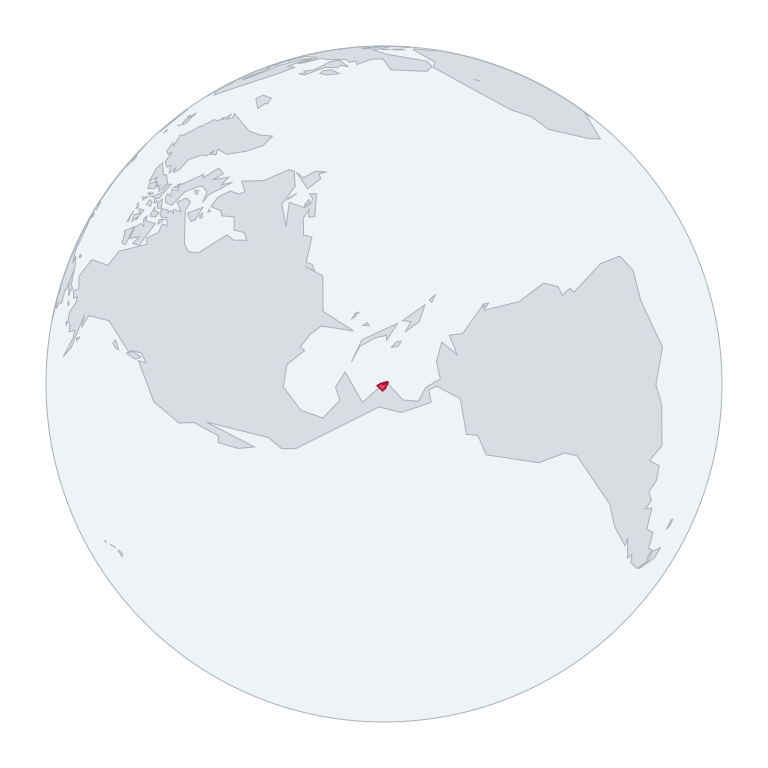 Gracias a Dios highlighted on a globe, orthographic projection, rotated 312°
{"feature_id": "HND-640", "entity_name": "Gracias a Dios", "entity_type": "Department", "adm_level": 1, "iso_a3": "HND", "parent_name": "Honduras", "parent_adm1": "", "projection": "orthographic", "projection_center": [-83.951, 15.304], "detail": "fine", "context": "on_globe", "style": "filled", "palette": "rose", "viewbox_px": 768, "rotation_deg": 312, "n_neighbors": 0, "source": "natural_earth", "source_scale": "10m", "svg_char_len": 10949}
<svg xmlns="http://www.w3.org/2000/svg" viewBox="0 0 768 768"><g transform="rotate(312 384 384)"><circle cx="384" cy="384" r="338" fill="#eef3f6" stroke="#a8b0b8"/><path d="M417.6,424.6L409.6,421.2L401.9,431.4L374.1,415.6L363.7,395.7L276.6,361.5L267.4,350.8L266.9,334.0L236.8,277.3L250.4,329.7L238.8,319.0L229.5,300.0L234.7,295.8L228.3,268.7L217.9,257.8L216.8,224.9L237.0,186.1L240.4,192.7L244.8,183.6L240.8,175.3L237.1,172.2L247.0,137.4L237.3,118.8L223.6,121.5L234.9,115.1L201.9,127.1L189.8,127.2L210.0,122.3L217.1,118.2L212.1,115.2L218.3,110.6L219.5,106.9L227.4,102.0L238.6,100.6L243.8,97.8L240.0,96.0L245.5,90.7L250.3,93.6L260.4,85.2L280.9,83.7L287.4,99.4L305.3,98.2L329.2,114.2L333.5,110.0L345.3,114.9L354.7,112.2L356.5,117.0L362.5,110.9L359.1,107.2L360.5,103.5L365.7,101.9L368.9,107.3L366.8,108.9L370.4,109.7L369.7,113.3L373.0,110.6L376.2,118.0L380.8,108.6L389.9,112.8L389.9,118.4L379.7,120.4L354.6,141.9L351.5,150.0L357.3,158.3L389.7,167.5L390.4,176.1L398.9,185.7L403.2,179.2L398.0,169.5L408.0,160.9L400.6,151.2L403.5,146.6L400.0,136.6L411.4,135.7L424.6,140.6L428.1,149.2L434.0,152.0L439.5,142.4L454.6,158.5L479.5,169.8L482.2,174.8L471.6,185.6L449.2,187.9L435.4,205.8L455.5,192.2L461.9,206.8L467.7,208.8L473.8,207.4L475.6,201.4L480.2,206.5L462.1,220.7L457.7,216.3L463.5,211.5L453.0,213.2L440.8,224.7L445.0,232.1L422.2,244.8L424.9,250.6L421.5,257.2L418.7,246.8L423.3,266.3L397.2,290.0L403.0,325.7L385.2,298.6L371.5,295.9L355.3,297.0L355.9,302.7L333.6,298.8L314.4,311.1L308.9,339.6L317.8,361.4L342.5,362.2L349.2,350.0L367.0,347.1L355.8,380.2L387.1,384.2L384.8,408.8L394.2,421.1L409.4,417.3L425.4,422.5L436.1,407.8L453.7,398.9L454.8,418.7L464.0,399.9L474.2,408.7L508.8,404.6L506.3,409.4L535.6,429.3L565.7,435.0L572.8,448.1L569.3,457.3L579.4,458.1L579.5,463.8L618.3,464.4L636.8,473.6L635.2,493.0L617.9,518.8L597.8,566.3L565.5,586.4L554.3,604.4L524.0,631.8L504.8,632.6L507.4,643.2L494.3,651.1L481.0,653.0L476.2,660.7L466.2,661.8L471.1,666.0L451.8,676.5L453.6,683.3L438.7,690.9L440.2,694.5L435.7,694.7L430.2,696.4L428.7,698.4L416.4,695.7L416.4,687.0L423.4,682.1L417.5,681.6L432.6,668.3L425.1,671.3L432.4,650.8L445.8,632.2L459.8,575.7L453.7,564.4L429.2,551.9L399.8,507.4L408.6,488.0L401.8,479.1L424.1,450.5L417.6,424.6ZM80.4,304.8L82.7,297.1L83.1,302.7L80.4,304.8ZM82.9,291.9L82.3,294.6L82.6,292.3L82.9,291.9ZM82.3,289.9L82.7,291.4L81.9,290.5L82.3,289.9ZM81.1,288.2L81.9,288.8L81.7,289.0L81.1,288.2ZM402.1,338.0L437.8,353.4L418.3,356.7L421.9,353.3L412.6,346.6L395.7,340.8L378.4,345.2L402.1,338.0ZM80.4,283.2L80.3,281.8L81.2,281.6L80.4,283.2ZM416.3,317.5L410.1,316.4L416.0,316.0L416.3,317.5ZM234.5,171.8L240.1,175.7L241.4,185.4L236.0,182.5L234.5,171.8ZM232.9,155.1L237.3,155.0L231.9,163.7L231.1,161.0L232.9,155.1ZM212.4,125.1L215.9,126.6L210.4,126.8L212.4,125.1ZM218.3,107.3L215.3,108.5L217.2,106.1L218.3,107.3ZM393.9,137.9L396.9,137.3L396.0,139.5L393.9,137.9ZM389.6,134.4L386.4,137.4L383.9,136.3L385.9,134.4L389.6,134.4ZM230.9,96.8L234.8,93.1L232.8,96.5L230.9,96.8ZM394.0,131.1L379.8,133.9L375.4,131.9L379.3,123.5L394.0,131.1ZM238.4,90.8L247.6,83.0L241.9,84.7L263.4,76.4L248.4,85.2L246.8,88.9L243.6,88.5L238.4,90.8ZM355.7,106.8L359.6,110.6L351.5,109.1L355.7,106.8ZM350.2,106.8L323.4,109.1L320.3,103.3L329.9,103.4L322.0,97.8L333.7,93.7L340.6,95.9L340.3,100.2L345.0,95.5L350.2,106.8ZM273.8,73.6L277.7,71.9L275.7,73.5L273.8,73.6ZM360.5,102.0L355.4,102.7L352.3,97.6L362.1,95.3L359.9,97.6L360.5,102.0ZM314.2,98.6L313.7,94.9L323.0,90.4L324.0,88.5L333.7,93.1L314.2,98.6ZM363.2,98.0L367.1,94.4L373.3,95.6L365.3,101.1L363.2,98.0ZM347.4,97.3L346.4,94.9L350.2,95.4L347.4,97.3ZM397.4,98.7L391.3,98.9L389.2,96.2L397.4,98.7ZM368.1,93.1L365.9,92.8L364.4,91.9L368.2,89.9L368.1,93.1ZM339.6,90.0L343.6,89.1L336.1,87.8L342.8,84.9L348.0,88.7L348.6,85.9L350.6,85.1L352.6,89.2L339.6,90.0ZM367.4,85.5L376.3,90.4L388.1,90.1L390.3,92.4L371.0,92.5L367.4,85.5ZM358.5,87.3L364.5,86.6L364.2,89.4L359.9,91.7L358.5,87.3ZM345.4,81.8L333.8,85.1L333.1,84.2L345.4,81.8ZM370.9,84.8L368.6,83.7L371.7,84.4L370.9,84.8ZM353.3,81.9L349.3,83.1L348.6,82.0L353.3,81.9ZM367.5,80.8L370.3,82.2L367.6,83.6L367.5,80.8ZM361.0,80.8L361.0,79.1L364.8,83.3L359.4,81.5L361.0,80.8ZM353.2,80.7L351.5,80.4L355.0,80.4L353.2,80.7ZM376.4,75.3L382.0,80.2L375.8,83.0L371.2,77.7L376.4,75.3ZM436.0,701.4L416.9,696.9L428.1,699.0L438.2,695.3L447.3,698.8L436.0,701.4ZM464.7,691.1L475.0,688.3L476.8,689.0L470.1,691.3L464.7,691.1ZM635.0,157.8L634.9,157.7L629.3,151.6L618.0,142.9L625.1,149.9L636.2,159.1L636.6,159.8L646.2,171.1L639.2,163.2L625.3,152.9L630.5,164.7L652.3,199.5L652.1,207.0L645.2,206.8L622.1,179.0L624.9,165.8L616.8,157.3L603.3,150.1L605.3,147.2L600.1,143.1L599.9,138.5L586.9,124.6L584.7,120.0L567.3,108.2L563.9,104.6L575.2,112.3L581.9,115.8L575.1,106.7L570.1,103.0L559.4,96.5L558.8,95.5L549.3,90.5L539.3,84.2L543.4,88.2L530.9,82.4L518.2,75.9L514.8,75.1L535.5,85.9L543.0,89.8L548.4,91.7L569.7,105.0L574.7,109.7L555.2,99.8L560.1,106.1L542.8,97.1L497.5,71.1L485.0,64.6L490.1,63.3L500.1,66.8L503.3,68.7L511.7,71.2L505.6,68.9L505.2,68.6L493.1,64.2L492.2,63.9L482.1,60.8L479.6,59.9L484.5,61.4L508.8,70.0L532.5,80.4L555.2,92.7L577.0,106.6L597.6,122.2L617.0,139.2L635.0,157.8ZM404.7,46.7L373.6,46.7L358.4,47.2L362.5,46.8L404.7,46.7ZM360.2,46.9L334.9,49.7L325.0,51.3L360.2,46.9ZM320.9,52.0L321.8,51.9L309.7,54.5L314.2,53.6L314.3,53.8L285.4,62.8L276.5,65.5L266.3,71.2L267.2,71.3L273.2,69.4L263.4,76.4L241.9,84.7L240.7,83.8L228.1,90.5L227.3,88.1L220.8,89.9L227.3,85.0L221.6,87.7L217.2,90.2L209.4,94.7L229.5,83.5L239.1,79.6L234.6,81.0L241.3,77.8L243.1,76.8L242.5,77.1L267.9,66.6L294.1,58.3L320.9,52.0ZM720.8,356.3L721.0,360.0L719.7,351.1L719.3,353.7L710.9,380.8L703.5,372.1L683.3,335.8L681.4,314.7L672.6,294.9L652.2,208.5L657.4,206.7L652.1,182.0L653.2,182.0L664.1,197.2L667.4,199.9L679.6,220.3L690.5,241.6L699.7,263.6L707.4,286.1L713.5,309.2L718.0,332.6L720.8,356.3ZM670.3,246.6L673.5,252.7L673.5,252.8L670.3,246.6ZM509.8,404.2L514.1,407.6L508.6,408.3L509.8,404.2ZM416.0,365.0L423.4,365.1L427.4,368.0L421.8,369.3L416.0,365.0ZM476.9,361.4L485.1,362.4L476.7,364.8L476.9,361.4ZM443.3,355.4L470.3,361.4L454.0,368.4L436.9,364.9L448.5,362.4L443.3,355.4ZM413.7,329.2L418.4,330.4L417.3,334.1L413.7,329.2ZM420.6,317.3L418.8,317.7L416.3,314.8L420.6,317.3ZM463.0,205.9L464.6,204.9L471.0,204.8L468.5,207.5L463.0,205.9ZM496.5,190.9L503.1,199.5L496.6,194.8L494.4,199.6L478.1,196.6L482.7,177.3L483.5,186.2L496.5,190.9ZM457.6,188.5L467.4,191.7L456.5,189.0L457.6,188.5ZM571.8,128.6L575.9,129.0L582.2,134.4L584.8,143.0L575.7,135.0L571.8,128.6ZM580.3,128.6L560.1,117.9L557.7,113.0L562.5,117.4L562.9,115.2L570.7,121.8L588.0,128.7L594.7,134.1L595.9,145.4L591.8,138.3L588.0,138.0L580.3,128.6ZM513.1,108.0L504.4,105.8L510.4,97.7L517.8,100.9L521.0,109.0L514.0,110.0L513.1,108.0ZM403.7,116.8L399.9,118.2L399.1,116.5L401.5,113.9L403.7,116.8ZM394.7,99.0L419.1,109.6L416.0,111.5L434.0,116.8L432.9,124.0L421.3,120.2L434.0,130.3L423.1,129.8L432.6,136.4L406.9,127.0L397.6,127.8L408.4,124.0L409.6,117.1L407.3,114.4L394.0,107.5L374.7,106.7L372.8,100.7L376.6,96.6L380.9,95.9L380.8,99.8L386.7,96.0L389.8,101.3L394.7,99.0ZM422.2,65.8L420.2,68.5L432.6,66.1L435.8,69.5L437.0,69.1L443.4,71.9L453.2,74.8L453.2,76.5L457.0,77.0L461.3,79.2L466.6,80.6L468.4,84.5L475.0,86.7L472.1,87.3L483.0,90.2L475.7,89.9L480.5,93.5L485.0,91.9L481.7,114.1L486.0,125.2L493.6,135.2L480.0,134.6L464.3,125.5L449.5,113.5L447.3,103.5L441.6,105.6L438.8,101.6L444.5,101.6L434.1,99.4L433.4,96.3L420.2,88.6L405.7,88.4L400.5,86.0L405.8,84.6L396.9,83.3L403.5,79.2L399.9,77.6L402.8,72.5L415.1,71.5L410.2,69.9L412.2,66.6L422.2,65.8ZM377.7,73.8L391.7,70.6L400.3,71.4L391.7,80.1L394.0,82.1L388.8,88.8L376.4,87.9L379.0,85.9L378.7,83.9L382.7,85.0L379.2,82.7L382.8,80.2L381.0,77.9L386.1,77.3L377.7,73.8ZM648.1,174.8L647.8,173.8L645.8,170.8L651.8,178.3L648.1,174.8ZM639.1,167.9L637.8,165.6L645.4,173.7L645.7,175.3L639.1,167.9ZM630.7,157.9L637.2,164.8L633.9,161.9L630.7,157.9ZM573.4,110.2L571.3,108.0L573.6,109.2L577.7,112.3L573.4,110.2ZM459.7,62.8L457.2,63.3L455.0,62.7L444.5,62.1L441.3,60.0L446.4,59.5L459.7,62.8ZM454.5,60.4L450.5,60.3L451.4,59.3L454.5,60.4ZM438.4,58.6L438.3,57.3L439.7,59.8L438.4,58.6ZM453.5,53.3L457.3,54.4L440.4,51.6L421.6,48.7L439.7,51.1L450.6,52.9L453.5,53.3L453.5,53.3ZM379.8,46.6L377.4,47.3L373.3,47.1L379.8,46.6ZM382.0,46.9L388.8,47.8L384.1,48.3L379.7,47.5L382.0,46.9ZM422.3,52.1L427.9,52.7L427.1,53.3L422.3,52.1ZM275.4,72.0L277.5,71.9L273.7,73.0L275.4,72.0ZM317.0,53.3L316.4,53.7L312.0,54.6L317.0,53.3ZM312.2,55.6L317.7,54.3L313.0,55.8L312.2,55.6ZM329.7,51.6L320.4,53.8L327.7,51.6L329.7,51.6Z" fill="#d9dde1" stroke="#a8b0b8" stroke-width="1"/><path d="M378.1,387.2L378.0,387.3L378.0,385.9L378.0,385.4L378.1,380.0L378.3,380.0L378.9,380.3L379.6,380.5L379.9,380.6L380.0,380.7L379.9,380.8L379.9,381.0L380.0,381.2L380.3,381.1L380.5,381.2L381.0,381.2L380.9,381.0L380.4,380.9L380.1,380.8L380.1,380.7L380.3,380.7L381.1,380.9L381.6,380.9L381.9,381.0L382.1,381.0L382.4,381.3L382.8,381.6L383.4,382.1L384.0,382.6L384.3,382.9L384.8,383.2L384.9,383.3L385.0,383.3L385.3,383.4L385.3,383.5L385.2,383.5L384.8,383.3L384.7,383.2L384.3,383.1L384.2,383.1L384.3,383.0L384.2,382.9L384.0,382.7L383.9,382.8L383.9,382.7L383.7,382.6L383.4,382.8L383.2,382.7L383.3,382.6L383.2,382.5L383.2,382.8L383.3,382.9L383.2,382.9L383.0,382.6L382.9,382.5L382.7,382.6L382.7,382.8L382.8,382.8L382.9,382.6L383.0,382.6L383.1,382.8L383.2,383.0L383.0,383.3L383.2,383.6L383.3,383.7L383.5,383.8L383.6,383.7L383.7,383.8L383.7,384.0L383.8,384.0L384.1,384.0L384.1,384.3L384.3,384.4L384.5,384.3L384.7,384.2L384.4,384.0L384.4,383.9L384.2,383.9L383.8,383.7L383.7,383.7L383.5,383.4L383.8,383.3L384.3,383.5L384.5,383.8L384.8,383.9L384.8,384.0L385.0,384.1L385.0,384.3L385.0,384.5L385.3,384.6L385.4,384.4L385.5,384.3L385.8,384.3L385.8,384.2L386.3,384.1L386.4,384.3L386.4,384.5L386.2,384.5L386.2,384.4L386.0,384.5L385.9,384.6L385.9,384.8L385.9,384.7L386.0,384.7L385.9,384.6L386.0,384.6L386.1,384.8L386.3,384.8L386.3,384.7L386.7,384.5L386.6,384.4L386.5,384.2L386.4,384.0L386.1,384.0L386.0,383.9L385.9,384.0L385.9,383.9L385.6,383.8L385.6,383.7L385.4,383.6L385.4,383.4L385.5,383.5L386.3,383.9L387.1,384.2L387.4,384.4L387.5,384.5L387.5,384.9L387.6,385.2L387.8,385.4L388.0,385.5L388.7,385.8L388.4,385.8L388.2,385.9L387.9,385.9L387.6,385.7L387.4,385.8L387.4,385.7L387.2,385.6L387.1,385.8L386.9,385.9L386.7,385.8L386.7,385.7L386.5,385.8L386.5,386.0L386.4,385.9L386.4,386.0L386.1,386.3L385.9,386.5L385.7,386.4L385.5,386.5L385.4,386.5L385.2,386.7L385.2,386.8L384.7,386.8L384.8,386.9L384.6,387.0L384.4,387.1L384.2,387.0L384.2,386.9L384.1,387.1L383.6,387.2L383.4,387.1L383.1,387.0L383.1,387.3L382.9,387.4L382.8,387.5L382.7,387.5L382.6,387.4L382.4,387.3L382.4,387.2L382.2,387.2L382.2,387.3L382.2,387.6L382.1,387.8L382.0,387.7L381.9,387.7L381.7,387.7L381.4,387.9L381.2,387.9L381.0,388.0L380.9,388.0L380.8,387.9L380.7,387.9L380.3,387.8L380.2,387.7L379.9,387.7L379.7,387.7L379.6,387.4L379.5,387.2L379.3,387.2L379.3,386.9L379.2,386.8L378.9,386.8L378.6,386.9L378.2,387.2L378.1,387.2Z" fill="#f43f5e" stroke="#9f1239" stroke-width="1.5"/></g></svg>